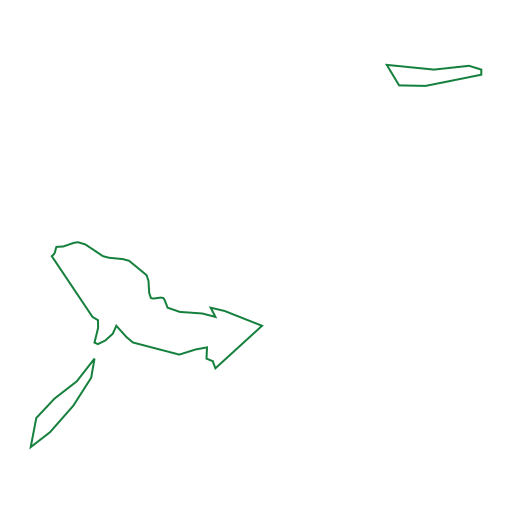 the border of Crooked Island and Long Cay
{"feature_id": "BHS-5035", "entity_name": "Crooked Island and Long Cay", "entity_type": "District", "adm_level": 1, "iso_a3": "BHS", "parent_name": "The Bahamas", "parent_adm1": "", "projection": "mercator", "projection_center": [-74.169, 22.823], "detail": "fine", "context": "isolated", "style": "outline", "palette": "green", "viewbox_px": 512, "rotation_deg": 0, "n_neighbors": 0, "source": "natural_earth", "source_scale": "10m", "svg_char_len": 853}
<svg xmlns="http://www.w3.org/2000/svg" viewBox="0 0 512 512"><path d="M92.5,316.9L51.8,256.2L54.1,254.0L55.1,251.8L55.6,249.4L56.4,246.9L63.3,246.5L73.7,242.9L77.8,242.2L85.3,244.4L103.0,256.2L109.3,257.8L122.9,259.1L129.1,260.8L146.6,275.2L148.5,281.0L149.2,293.0L150.9,298.0L153.1,298.6L160.7,297.6L163.3,298.0L164.6,299.9L167.6,307.7L179.8,311.9L202.3,313.5L215.4,316.9L210.7,307.7L224.7,311.0L262.0,325.8L215.4,368.3L213.3,362.8L213.0,361.3L206.5,358.6L207.0,347.4L195.5,349.5L179.2,354.6L133.0,342.5L126.5,337.1L116.3,325.8L112.8,333.7L105.3,340.5L97.9,344.1L94.5,342.6L98.1,327.9L98.0,320.2L92.5,316.9ZM94.5,358.6L91.2,377.7L73.3,405.7L50.0,432.2L30.7,447.1L36.3,418.0L54.5,398.6L76.8,381.3L94.5,358.6ZM481.3,74.7L425.5,85.9L399.1,85.4L386.8,64.9L433.9,69.6L469.0,65.8L481.3,69.6L481.3,74.7Z" fill="none" stroke="#15803d" stroke-width="2"/></svg>